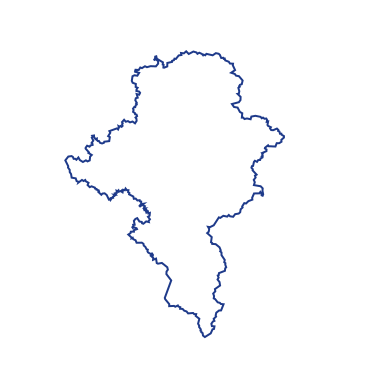 Piemonte, Turin, Italy (orthographic projection), rotated 158°
{"feature_id": "23120603B83257595874769", "entity_name": "Piemonte", "entity_type": "district", "adm_level": 2, "iso_a3": "ITA", "parent_name": "Italy", "parent_adm1": "Turin", "projection": "orthographic", "projection_center": [8.079, 45.262], "detail": "fine", "context": "isolated", "style": "outline", "palette": "blue", "viewbox_px": 384, "rotation_deg": 158, "n_neighbors": 0, "source": "geoboundaries", "source_scale": "gbopen_adm2", "svg_char_len": 6086}
<svg xmlns="http://www.w3.org/2000/svg" viewBox="0 0 384 384"><g transform="rotate(158 192 192)"><path d="M255.9,94.7L251.3,93.1L250.5,91.9L247.6,92.1L247.5,90.9L246.0,89.6L246.8,88.2L244.5,87.1L243.7,84.9L241.8,83.3L241.1,80.9L236.3,79.4L235.7,77.9L233.9,77.2L235.0,75.7L232.7,71.7L235.7,67.6L235.4,65.3L236.0,64.2L235.3,61.4L236.1,60.3L235.5,59.3L235.9,58.5L235.0,57.2L235.6,54.8L234.4,52.7L227.6,53.9L224.4,57.0L222.9,56.8L221.5,59.0L223.8,60.2L223.4,62.6L221.1,64.1L219.5,64.1L219.4,66.3L216.3,67.5L216.3,68.7L214.7,71.0L211.3,72.0L209.4,71.3L204.8,76.1L207.2,77.4L207.7,78.8L209.5,80.1L210.7,84.1L211.7,85.2L210.5,87.3L210.4,89.9L207.6,91.2L207.1,93.4L201.0,94.8L200.2,98.2L201.1,101.3L199.4,102.6L199.4,104.9L198.4,104.9L197.4,106.7L191.0,106.6L189.8,108.8L188.5,109.4L188.4,112.1L187.7,113.5L188.4,114.8L187.1,116.7L188.3,122.4L187.3,124.9L188.1,126.5L187.2,127.2L187.2,130.4L189.6,134.8L192.7,136.3L192.4,137.1L193.2,138.3L190.6,142.8L193.3,148.2L191.4,148.9L189.9,151.3L190.2,153.7L188.5,152.7L184.3,153.0L176.6,158.4L175.5,157.4L171.9,158.2L168.6,156.0L166.5,156.9L165.8,155.2L163.1,153.6L160.3,155.3L156.8,154.5L154.9,155.2L153.4,157.7L150.9,158.7L150.9,159.8L147.7,162.1L146.2,161.1L143.1,162.4L138.9,162.3L138.4,164.1L135.0,167.4L130.0,165.5L128.6,166.5L128.1,164.8L128.7,162.9L127.9,162.1L126.9,163.1L126.2,166.7L125.1,168.9L126.2,171.6L132.0,175.2L130.1,177.6L130.2,180.1L127.6,181.6L127.5,183.6L125.6,183.9L127.7,189.4L127.1,190.3L127.8,192.2L126.8,193.5L125.6,193.3L123.3,196.7L122.0,197.4L120.4,195.6L118.7,196.8L116.8,196.2L115.9,197.4L113.7,197.6L113.3,198.2L113.9,199.0L112.7,199.6L112.7,200.9L111.8,201.3L112.2,201.9L107.7,202.0L107.0,203.5L108.1,205.1L107.7,205.7L104.0,206.8L103.9,205.8L97.6,202.9L95.2,205.5L92.9,204.6L90.2,205.1L89.6,206.9L86.4,208.0L85.8,209.4L87.5,211.6L87.3,212.6L88.6,213.1L88.3,215.3L89.3,216.4L88.7,217.2L89.5,219.0L93.6,218.9L95.4,219.8L95.8,221.7L94.6,222.5L96.7,224.8L96.9,225.9L95.0,228.9L96.4,229.1L95.4,230.6L95.6,232.3L97.4,232.8L98.3,234.4L99.7,234.2L100.3,236.0L104.7,238.9L108.7,239.7L110.4,237.5L113.5,239.6L116.0,240.0L116.7,241.9L117.9,242.3L115.9,246.2L117.6,248.3L118.1,253.2L121.2,255.1L122.0,258.6L114.9,257.7L112.6,259.1L111.3,262.0L113.0,265.9L111.7,265.7L110.4,267.7L110.0,271.2L108.3,271.7L108.6,272.5L107.4,273.4L105.5,273.3L103.3,276.4L105.1,281.8L107.6,283.4L108.1,285.4L111.0,287.9L106.4,288.9L106.7,294.2L105.9,295.6L108.7,296.9L109.1,299.0L111.9,301.6L111.7,303.5L112.7,303.6L112.7,304.7L114.7,305.3L114.8,308.8L115.5,310.2L117.9,311.8L121.6,311.0L126.9,314.7L128.5,313.8L129.7,315.0L130.5,314.6L131.1,316.3L133.1,318.4L135.2,318.1L135.6,319.7L138.1,321.7L143.3,321.2L144.7,324.6L147.6,323.6L150.1,325.0L150.5,323.0L153.2,323.6L157.1,321.4L158.3,322.2L159.4,321.0L161.3,321.1L161.8,320.1L166.5,320.9L167.9,317.7L171.3,317.7L171.9,318.1L170.7,320.6L171.4,321.2L170.4,323.1L174.7,328.8L174.3,331.2L175.4,331.3L176.3,329.5L178.1,328.5L175.9,328.6L174.4,326.1L175.3,323.7L178.4,322.0L183.3,324.2L187.0,324.6L188.5,326.2L192.0,325.6L193.3,326.8L195.7,325.1L198.6,326.5L199.4,325.5L198.4,324.8L199.2,324.4L196.4,322.3L199.1,320.3L201.7,321.8L203.8,321.6L206.2,317.6L206.1,315.5L203.6,313.2L204.9,310.5L203.4,309.0L204.9,308.0L205.7,306.5L203.4,304.9L203.0,303.4L204.5,302.0L206.6,303.5L207.0,299.8L209.0,300.0L210.2,298.3L209.8,295.3L210.6,295.1L210.5,293.8L211.6,293.6L212.8,292.0L213.6,292.5L215.5,291.3L215.4,290.0L216.6,288.4L215.3,286.4L215.6,285.4L214.4,284.5L214.5,282.9L216.5,282.2L216.1,280.7L216.7,278.7L219.1,277.0L220.7,279.6L223.4,279.8L224.8,281.7L227.1,282.0L227.9,284.4L230.7,283.0L230.5,281.7L231.4,281.1L231.6,279.3L232.8,278.8L233.6,280.0L234.6,279.6L235.4,280.6L235.6,279.2L237.1,277.7L237.7,279.1L245.8,279.4L245.6,277.5L248.8,275.2L247.6,273.7L249.7,270.2L254.5,271.5L255.3,270.6L257.2,270.7L258.8,272.0L259.2,274.2L260.2,274.5L260.8,275.9L260.2,277.2L261.7,277.2L262.2,279.7L261.7,281.1L263.4,281.5L263.2,280.4L264.5,280.0L264.3,276.6L266.7,275.1L266.2,274.3L266.5,272.9L268.7,273.2L270.0,272.4L271.9,274.2L274.0,272.9L274.4,272.1L272.7,267.4L273.4,267.0L271.1,263.9L273.2,263.0L275.0,259.6L277.4,259.5L278.5,261.1L281.9,260.7L284.0,263.6L284.4,266.6L287.1,265.2L287.9,266.6L289.3,267.1L289.3,269.1L290.2,270.4L293.4,271.2L297.6,268.8L297.1,262.3L297.8,261.1L297.1,258.4L297.9,256.2L297.4,254.0L298.2,250.4L294.7,248.2L294.9,245.3L293.3,243.9L293.8,243.3L289.5,244.4L288.4,242.8L286.5,243.1L286.5,241.8L284.5,239.3L286.2,237.6L285.0,234.8L283.0,234.9L280.4,232.4L280.6,231.5L279.4,230.6L279.7,230.0L277.9,228.5L278.0,227.3L278.8,227.1L277.1,223.4L275.6,224.1L273.5,223.5L272.2,221.1L271.9,216.1L270.9,216.2L270.7,215.0L269.2,216.0L269.3,216.7L267.4,216.2L267.3,217.1L266.0,217.4L265.7,216.5L265.7,217.8L264.3,217.8L264.9,218.6L263.5,218.0L263.8,219.6L262.0,219.4L261.5,221.3L261.0,220.6L259.6,221.1L259.8,219.7L257.8,219.6L256.5,217.7L255.1,219.9L253.6,218.8L252.3,220.1L251.7,218.1L250.3,217.5L251.3,215.8L250.4,214.5L251.2,213.4L248.1,209.8L248.5,207.5L246.7,207.0L245.8,204.6L243.6,204.0L243.8,202.9L242.7,202.2L243.5,200.1L245.8,198.8L245.5,198.1L243.7,198.5L242.9,199.6L241.1,199.2L243.1,198.6L241.0,196.5L242.7,195.1L241.5,194.5L243.7,194.2L241.2,193.6L241.0,192.7L242.1,193.5L242.7,192.8L241.8,192.3L242.0,190.0L240.2,190.4L240.5,188.5L238.9,188.4L240.2,185.9L242.1,185.5L241.2,182.5L243.2,181.3L243.3,180.3L245.5,181.9L249.0,180.8L250.0,181.7L249.8,183.1L251.8,184.3L252.6,188.3L254.6,188.2L256.7,187.0L257.4,183.2L258.8,183.6L258.9,182.6L260.5,181.7L260.3,180.8L259.1,181.0L257.0,179.2L256.9,178.2L260.3,178.4L260.7,177.0L263.6,178.1L264.4,176.9L267.0,176.4L265.1,172.4L265.5,171.7L264.1,171.8L264.2,170.3L262.4,168.4L262.4,165.7L257.5,163.8L256.4,162.1L256.8,160.4L255.8,158.6L255.6,156.1L254.6,155.1L255.5,153.9L255.4,152.5L253.7,150.2L252.1,150.0L251.8,148.2L252.3,147.6L253.4,148.6L254.1,148.3L252.6,145.4L253.5,143.7L250.3,143.7L251.3,139.3L250.4,138.3L246.5,137.5L243.1,131.5L243.5,129.0L245.4,127.8L246.5,125.5L244.4,117.8L256.9,104.0L257.0,102.6L255.1,96.6L255.9,94.7ZM256.2,220.0L255.9,220.5L256.1,219.3L256.2,220.0Z" fill="none" stroke="#1e3a8a" stroke-width="2"/></g></svg>